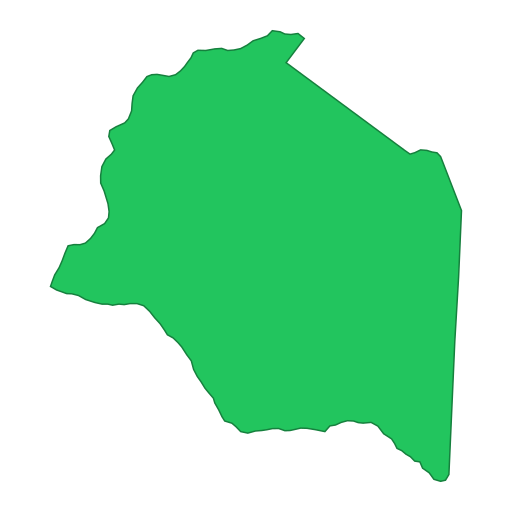 Canápolis, Bahia, Brazil (orthographic projection)
{"feature_id": "56859067B78655740096110", "entity_name": "Canápolis", "entity_type": "district", "adm_level": 2, "iso_a3": "BRA", "parent_name": "Brazil", "parent_adm1": "Bahia", "projection": "orthographic", "projection_center": [-44.237, -13.1], "detail": "fine", "context": "isolated", "style": "filled", "palette": "green", "viewbox_px": 512, "rotation_deg": 0, "n_neighbors": 0, "source": "geoboundaries", "source_scale": "gbopen_adm2", "svg_char_len": 1915}
<svg xmlns="http://www.w3.org/2000/svg" viewBox="0 0 512 512"><path d="M50.5,286.5L56.6,290.0L62.0,291.9L66.6,293.6L71.8,293.8L78.5,295.5L85.6,299.5L94.9,302.5L102.0,304.1L107.7,304.1L112.6,305.2L118.9,304.1L124.2,304.6L129.8,303.6L137.1,303.6L143.7,305.7L149.7,311.4L154.8,317.9L160.1,323.7L164.5,330.1L167.4,334.8L173.1,337.9L177.8,342.4L181.7,346.9L186.8,354.8L191.3,360.8L193.6,369.4L197.3,376.5L201.0,381.7L205.0,388.2L209.0,393.1L213.4,398.2L214.8,403.0L218.7,409.8L222.0,416.7L224.7,421.0L231.9,423.2L236.0,426.7L240.7,431.6L247.8,433.1L255.4,431.0L261.8,430.5L267.0,429.7L272.4,428.6L278.7,428.5L284.9,430.7L290.0,430.5L295.0,429.4L300.6,428.1L307.0,428.3L315.6,429.7L324.9,431.6L329.9,425.9L335.5,425.0L341.2,422.4L347.4,420.7L353.5,421.0L358.2,422.6L363.1,423.1L371.1,422.4L377.9,426.1L383.7,433.8L391.6,438.9L394.6,443.5L397.0,448.4L401.7,450.6L406.1,454.3L410.4,456.7L414.7,461.1L419.9,461.9L422.6,468.2L429.2,472.8L433.9,479.3L440.6,481.3L445.5,480.2L448.9,474.5L454.8,341.4L458.6,277.0L461.5,210.6L445.0,167.9L442.8,162.2L440.6,156.6L437.0,152.8L431.9,152.0L426.9,150.4L420.6,149.9L414.8,152.7L410.0,154.1L405.0,150.6L286.1,62.7L304.3,38.5L298.0,33.5L290.9,34.5L284.8,34.0L280.2,31.8L272.3,30.7L267.4,35.8L261.0,38.3L253.1,40.8L247.2,45.1L240.6,48.6L234.0,50.0L227.7,50.5L221.7,48.4L214.8,48.9L205.8,50.5L197.9,50.3L193.3,52.9L191.0,57.8L187.5,62.4L184.6,66.5L180.5,70.9L175.6,74.7L169.0,76.5L163.0,75.4L157.1,74.4L151.8,74.7L146.9,76.6L142.6,82.2L137.5,87.9L133.1,95.8L132.1,103.4L131.6,110.9L128.4,118.9L124.7,122.9L116.2,126.7L109.8,130.5L108.8,136.5L112.2,144.1L114.6,150.0L111.4,154.2L105.9,159.0L101.9,166.6L100.6,175.8L100.7,183.1L104.1,190.9L108.0,203.7L109.1,211.6L108.5,217.9L104.6,223.6L97.5,227.6L94.5,233.3L90.6,238.4L85.4,243.1L80.0,244.7L73.9,244.6L68.1,245.8L65.0,253.1L62.1,260.9L59.2,267.5L54.7,274.9L52.2,281.6L50.5,286.5Z" fill="#22c55e" stroke="#15803d" stroke-width="1.5"/></svg>